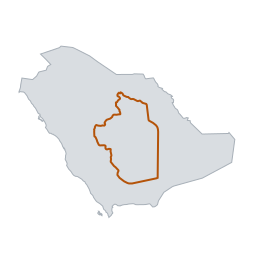 where Ar Riyad sits in Saudi Arabia, rotated 355°
{"feature_id": "SAU-1097", "entity_name": "Ar Riyad", "entity_type": "Region", "adm_level": 1, "iso_a3": "SAU", "parent_name": "Saudi Arabia", "parent_adm1": "", "projection": "albers", "projection_center": [44.266, 23.395], "detail": "medium", "context": "in_parent", "style": "outline", "palette": "amber", "viewbox_px": 256, "rotation_deg": 355, "n_neighbors": 0, "source": "natural_earth", "source_scale": "10m", "svg_char_len": 5333}
<svg xmlns="http://www.w3.org/2000/svg" viewBox="0 0 256 256"><g transform="rotate(355 128 128)"><path d="M197.7,184.4L168.7,189.8L167.1,190.3L158.1,195.2L152.0,203.2L150.7,206.9L149.9,207.5L148.7,208.3L147.5,208.8L145.7,208.8L143.6,206.0L143.0,205.4L142.6,205.4L138.6,205.8L130.4,205.2L129.0,205.0L127.2,204.0L126.7,203.9L126.3,203.8L122.0,203.8L119.9,204.1L117.8,204.0L115.7,204.2L115.0,204.5L114.2,204.5L113.7,204.8L113.2,205.0L112.7,204.7L112.0,204.7L111.0,204.5L110.4,203.9L109.8,203.3L109.2,203.0L108.5,202.8L107.9,202.8L107.2,203.2L106.7,203.5L105.5,204.5L105.4,204.9L106.0,205.6L105.8,205.9L105.1,206.2L104.9,207.3L104.8,207.8L104.7,209.1L105.0,210.2L105.4,210.6L105.4,211.0L105.2,211.9L104.5,212.2L104.0,213.0L103.8,213.4L103.2,213.9L101.2,215.4L101.1,214.5L100.5,213.2L100.5,212.3L100.2,211.4L99.7,210.6L98.7,209.9L98.6,208.9L97.9,207.9L96.9,207.1L96.4,205.6L96.0,203.6L93.5,201.0L90.3,198.6L89.4,197.2L87.8,194.4L87.1,192.2L85.0,189.7L84.9,188.7L84.6,187.6L84.2,186.2L83.9,185.2L81.9,180.7L81.2,179.9L80.7,178.9L80.5,178.1L80.3,177.7L78.9,176.9L77.5,175.0L73.4,171.9L71.4,171.5L69.8,170.4L68.7,168.9L67.5,166.5L65.4,163.8L63.6,160.0L64.2,158.6L64.2,157.7L63.7,156.1L63.1,154.8L62.7,153.6L63.2,151.9L63.4,150.1L63.8,149.1L64.1,148.0L63.8,145.8L63.2,144.6L63.3,143.8L62.6,143.4L62.1,142.5L62.7,142.5L61.6,141.3L61.3,140.6L60.9,139.0L60.5,137.7L58.9,134.9L58.2,133.1L56.5,130.9L54.7,129.1L53.5,128.4L52.9,127.7L51.9,127.6L50.9,126.6L50.1,126.5L49.2,126.3L48.1,124.4L47.3,122.6L45.8,120.3L46.2,119.7L46.7,118.8L46.6,117.5L46.4,116.7L45.8,115.1L43.7,111.1L43.1,110.5L42.2,109.8L41.6,108.1L41.5,106.6L39.9,105.7L37.6,100.2L36.1,98.2L35.6,96.9L33.9,94.7L33.2,92.6L31.5,90.6L30.2,87.1L28.0,83.7L27.0,83.0L24.6,82.6L23.6,82.3L22.6,83.0L22.6,82.1L23.3,80.8L24.4,78.2L24.8,75.9L26.7,69.0L36.9,71.4L37.4,71.3L41.5,68.3L43.9,64.7L44.4,64.4L51.4,63.3L51.6,63.1L53.1,59.9L53.3,59.7L53.5,59.5L56.6,58.0L52.0,52.2L47.3,46.7L66.6,42.0L66.9,41.8L68.4,40.6L76.7,42.3L79.9,43.0L80.9,43.5L96.0,52.8L103.4,59.3L121.0,73.6L121.3,73.7L137.2,75.0L138.9,74.6L143.3,75.1L147.7,75.6L148.6,77.2L148.9,78.4L149.2,79.5L150.1,80.6L153.8,80.4L157.6,80.3L158.2,81.3L158.5,82.3L159.6,84.7L161.1,86.6L161.4,87.3L161.7,88.3L161.5,88.7L161.4,89.2L162.5,90.2L164.3,91.0L165.0,91.2L165.8,91.6L165.2,92.2L166.3,93.6L167.6,95.0L168.9,95.3L170.7,97.4L173.4,98.7L175.1,100.4L175.0,100.5L174.5,100.3L173.9,100.1L173.7,100.3L173.8,101.1L174.0,102.0L174.8,102.7L175.6,103.3L175.9,104.3L175.4,106.7L175.2,106.7L174.8,106.5L174.4,106.5L174.2,106.6L174.8,108.2L175.3,109.5L175.9,110.5L176.5,111.9L176.9,112.5L178.7,114.0L179.3,115.3L179.9,117.7L181.1,119.0L181.7,120.0L182.5,120.9L183.1,122.1L183.9,123.0L184.3,123.2L184.8,123.3L185.5,123.2L186.4,123.0L187.3,122.7L188.0,123.1L188.7,123.0L188.8,123.5L188.4,124.1L187.8,125.6L188.7,125.8L189.5,125.9L190.1,126.1L190.5,126.1L190.5,126.4L190.6,127.8L190.8,128.4L201.3,140.5L227.4,142.2L227.6,142.2L228.2,141.3L233.4,148.7L228.3,171.3L197.7,184.4ZM92.6,211.5L93.4,211.6L93.1,211.2L93.4,210.5L94.6,211.6L94.5,212.8L94.4,213.1L94.1,212.8L93.9,212.6L93.8,212.3L93.5,212.0L92.4,212.2L91.7,211.8L90.7,210.8L90.4,210.0L90.8,209.9L91.3,209.5L91.6,208.9L91.3,208.3L91.9,208.4L92.2,209.0L92.3,210.5L92.4,210.8L92.2,211.1L92.6,211.5ZM43.3,113.9L43.1,113.9L42.4,113.1L42.0,112.6L41.6,112.2L39.8,111.3L39.5,110.8L39.8,110.3L40.0,110.8L40.4,111.1L41.9,111.9L43.6,113.5L43.9,113.6L43.3,113.9ZM40.5,110.1L40.4,110.3L40.0,109.9L40.0,109.0L40.4,108.5L40.4,109.2L40.5,109.9L40.5,110.1Z" fill="#d9dde1" stroke="#a8b0b8" stroke-width="1"/><path d="M121.0,113.7L121.4,113.6L121.5,113.5L121.6,112.7L121.4,111.3L120.9,110.2L121.1,109.3L121.0,109.0L120.2,107.9L119.3,106.5L118.3,105.4L118.0,104.9L118.0,104.5L118.2,103.0L118.1,102.0L118.2,101.8L118.3,101.5L119.2,101.3L119.5,101.0L120.2,100.0L121.0,99.2L122.2,98.6L122.6,98.0L122.6,97.5L122.3,96.8L121.6,96.0L120.5,95.4L120.3,94.9L120.4,93.9L120.9,93.1L121.6,92.4L122.1,92.1L122.7,92.7L123.2,92.8L123.6,92.6L124.0,92.0L125.0,92.7L125.6,93.3L126.1,94.8L126.6,95.3L129.4,96.9L131.0,97.2L131.8,98.2L133.2,99.3L133.8,99.5L135.5,99.5L136.3,99.8L139.4,101.8L139.9,102.0L140.3,102.1L141.8,101.8L142.3,101.8L144.2,103.6L144.6,104.2L148.0,105.5L148.3,105.7L148.5,106.1L148.7,106.7L149.2,121.5L149.3,122.0L149.7,122.6L153.4,125.1L156.0,127.6L156.8,128.8L157.3,129.8L157.5,130.6L157.7,131.9L157.7,134.4L153.2,180.2L151.9,180.6L127.4,183.6L124.7,183.4L123.7,183.2L122.4,182.6L119.5,180.8L115.2,176.9L114.2,175.2L113.5,174.2L113.4,173.6L113.8,171.7L114.7,170.1L114.8,169.7L114.7,169.2L112.2,166.0L110.7,164.6L107.9,160.3L107.9,159.6L108.4,157.6L108.3,155.5L108.9,154.4L109.1,153.7L108.6,149.8L108.9,147.7L108.6,147.4L107.2,147.1L105.3,147.5L104.6,147.3L104.1,146.9L103.9,146.5L103.8,146.0L103.9,144.9L104.1,144.2L103.9,143.7L103.7,143.5L102.7,143.1L98.5,142.9L97.9,142.6L97.4,142.1L96.2,138.9L95.9,137.3L95.0,134.7L94.7,134.1L94.0,133.6L93.8,133.2L93.9,130.5L94.0,128.6L94.2,127.3L94.1,126.5L94.8,125.4L95.1,124.6L95.1,124.2L95.3,123.8L96.0,122.8L96.4,122.4L96.9,122.3L98.1,122.9L99.3,123.2L101.1,123.5L103.0,123.2L104.3,123.5L104.7,123.5L105.2,123.1L105.5,122.5L105.5,121.9L105.1,121.0L105.3,120.4L106.3,119.1L107.2,118.2L107.7,117.9L111.0,117.1L111.4,116.9L113.2,115.6L113.7,114.5L114.4,113.8L115.1,113.5L115.6,113.5L117.7,113.8L120.1,113.6L121.0,113.7Z" fill="none" stroke="#b45309" stroke-width="2"/></g></svg>